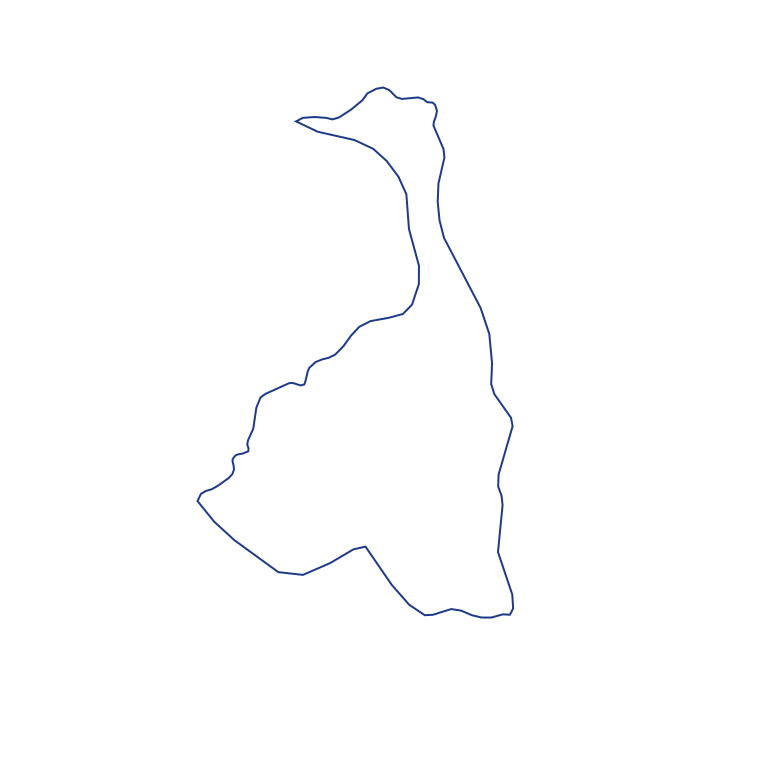 Aklan, Albers equal-area conic projection, rotated 50°
{"feature_id": "PHL-2525", "entity_name": "Aklan", "entity_type": "Province", "adm_level": 1, "iso_a3": "PHL", "parent_name": "Philippines", "parent_adm1": "", "projection": "albers", "projection_center": [122.165, 11.627], "detail": "fine", "context": "isolated", "style": "outline", "palette": "blue", "viewbox_px": 768, "rotation_deg": 50, "n_neighbors": 0, "source": "natural_earth", "source_scale": "10m", "svg_char_len": 1521}
<svg xmlns="http://www.w3.org/2000/svg" viewBox="0 0 768 768"><g transform="rotate(50 384 384)"><path d="M126.3,282.6L126.7,280.9L127.9,275.2L134.9,265.5L143.2,257.0L148.2,253.4L150.9,247.1L152.6,232.8L152.8,218.1L150.7,210.0L152.9,200.1L156.4,194.0L162.4,191.0L172.3,190.2L177.1,187.1L186.3,173.8L191.1,170.7L195.8,169.8L199.7,165.9L203.0,165.4L208.9,167.9L212.5,172.5L215.1,177.1L217.8,180.0L242.3,187.4L249.4,192.2L265.4,213.4L278.9,225.7L294.2,236.2L310.6,244.1L387.8,261.1L413.4,271.2L437.7,288.0L453.0,302.0L462.8,306.0L491.5,308.4L499.0,312.6L527.0,354.4L535.9,362.4L545.2,365.8L553.1,371.1L586.0,404.7L627.8,421.1L638.9,429.3L641.7,435.8L636.8,441.1L632.0,451.7L625.7,459.3L617.6,465.3L607.0,470.7L599.6,477.2L592.2,494.9L587.3,501.4L569.3,506.6L543.1,507.2L496.7,502.7L491.0,513.7L486.6,540.2L478.1,568.8L460.2,585.9L407.5,599.0L380.3,602.6L353.8,602.1L350.5,594.9L351.4,589.3L353.8,583.9L355.1,577.2L356.2,563.4L355.6,558.3L353.2,554.0L349.6,551.5L346.2,549.9L344.3,548.3L343.4,544.9L343.4,542.8L344.4,540.5L346.5,536.9L348.3,531.3L346.2,529.1L342.5,527.7L339.8,524.5L334.2,512.9L320.0,496.9L314.9,487.1L315.4,481.0L322.3,456.4L324.4,453.3L331.4,448.9L333.1,445.5L331.8,443.0L325.4,434.4L323.6,430.9L323.2,422.3L325.4,415.6L328.4,409.4L330.1,402.6L328.9,390.6L325.8,378.4L324.3,366.1L327.1,354.0L336.7,337.1L342.5,324.5L341.2,311.5L329.9,293.1L315.9,281.2L281.4,265.3L253.0,244.9L234.5,239.7L214.8,238.6L197.0,241.1L178.3,249.7L148.2,272.6L126.3,282.6Z" fill="none" stroke="#1e3a8a" stroke-width="2"/></g></svg>